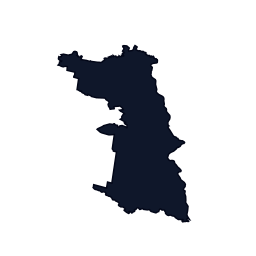 outline of Rumbas pag., Kuldigas, Latvia, rotated 201°
{"feature_id": "27541924B49988054161114", "entity_name": "Rumbas pag.", "entity_type": "district", "adm_level": 2, "iso_a3": "LVA", "parent_name": "Latvia", "parent_adm1": "Kuldigas", "projection": "natural_earth1", "projection_center": [22.062, 56.994], "detail": "fine", "context": "isolated", "style": "filled", "palette": "ink", "viewbox_px": 256, "rotation_deg": 201, "n_neighbors": 0, "source": "geoboundaries", "source_scale": "gbopen_adm2", "svg_char_len": 5819}
<svg xmlns="http://www.w3.org/2000/svg" viewBox="0 0 256 256"><g transform="rotate(201 128 128)"><path d="M125.2,202.3L125.8,202.2L126.3,202.7L127.4,202.4L128.2,202.5L128.6,202.4L129.0,203.2L130.0,204.0L130.4,203.5L132.3,203.5L132.3,203.2L131.7,202.8L132.5,202.3L133.1,202.4L134.1,203.3L134.4,203.0L135.1,203.0L135.8,202.6L136.2,202.7L137.0,203.4L137.7,203.0L138.0,203.1L138.4,203.5L138.2,204.6L138.5,204.8L139.1,204.6L140.3,204.6L141.5,204.9L141.7,204.2L144.6,204.4L146.0,203.7L148.9,204.0L148.5,206.8L148.6,207.0L151.0,207.5L151.3,206.1L151.4,204.9L151.1,203.3L151.8,201.8L154.9,200.1L155.3,200.3L155.2,200.7L155.5,201.4L155.5,203.1L158.5,204.2L161.4,203.4L162.3,202.6L161.8,201.8L160.9,201.6L160.1,200.2L160.0,199.9L160.5,198.8L160.6,197.8L160.0,197.7L159.3,196.8L159.0,196.8L158.8,197.2L158.5,197.0L159.2,196.3L159.0,195.6L159.5,195.9L159.7,195.7L159.6,195.1L159.8,194.9L159.4,194.7L158.7,194.7L158.1,194.2L158.3,193.8L159.0,193.6L158.5,193.4L159.0,193.1L159.2,192.6L159.4,192.5L159.5,192.8L159.8,192.8L160.9,191.9L161.9,192.1L161.6,191.6L161.9,191.3L162.6,191.3L162.9,190.6L163.9,190.3L163.8,190.0L164.4,190.1L165.2,190.8L165.6,190.4L166.7,190.0L167.3,190.2L167.0,189.8L167.3,189.5L167.4,189.2L167.6,189.2L167.9,189.6L169.0,189.5L169.4,189.3L169.9,188.6L169.5,188.0L170.6,188.1L170.8,187.9L170.7,187.6L171.3,187.3L170.8,187.0L171.1,186.4L172.7,185.6L172.8,185.3L173.1,185.1L173.6,185.3L174.5,185.1L175.1,184.4L174.1,183.1L175.4,181.2L175.6,181.1L176.0,180.0L177.3,179.2L178.2,179.1L180.2,178.4L186.1,177.0L187.2,177.1L187.3,176.5L191.0,176.2L196.5,175.0L196.5,178.4L197.6,178.6L198.1,176.9L200.1,176.7L200.0,177.3L201.7,177.4L201.4,178.1L202.7,180.3L203.4,180.7L204.2,180.3L204.9,180.6L206.0,179.8L206.7,176.9L207.3,176.3L208.1,175.9L209.3,175.0L209.2,174.7L214.7,173.8L216.7,172.5L215.7,172.1L215.8,171.7L216.0,171.6L215.9,170.6L217.1,170.1L217.6,169.4L218.1,169.6L217.9,168.2L217.5,167.4L216.0,166.8L213.9,166.9L213.9,166.2L214.9,166.0L215.6,165.0L215.1,163.7L215.8,161.7L213.6,162.0L212.6,161.7L210.4,161.9L209.7,162.5L208.0,163.4L206.7,163.6L205.6,160.0L197.5,161.1L196.5,156.9L197.1,156.8L196.8,156.0L191.8,156.5L189.3,145.6L188.3,145.7L185.8,145.2L185.5,145.6L184.6,145.7L184.6,145.2L183.2,144.5L182.8,144.6L181.1,144.5L180.0,143.8L177.3,144.1L177.4,145.1L173.1,144.6L173.1,144.4L168.3,145.0L160.9,147.5L160.0,147.6L158.6,146.6L155.7,146.0L154.6,144.8L155.1,143.1L154.1,141.5L152.3,140.2L151.4,139.1L149.1,140.4L147.9,140.9L147.9,141.5L148.8,142.3L148.6,142.9L147.6,143.6L144.4,145.1L143.9,145.7L141.0,145.0L139.0,143.5L142.3,141.6L141.0,141.0L139.4,140.9L137.5,140.5L136.5,140.0L137.2,139.5L137.9,136.5L137.2,134.7L138.3,133.4L134.0,132.8L133.5,132.5L133.5,132.1L133.1,131.9L132.8,132.4L132.4,132.6L132.2,132.3L132.8,131.6L132.2,131.5L131.9,131.1L131.1,131.2L131.9,130.7L131.3,130.5L130.2,130.7L129.4,129.1L129.1,127.9L129.4,127.8L129.7,128.2L134.4,128.2L136.3,127.1L136.6,126.5L136.7,125.5L138.1,125.4L138.8,126.7L140.9,126.3L142.2,127.1L142.6,127.0L143.4,125.9L146.5,125.2L151.8,121.3L151.8,121.0L152.0,120.6L155.9,116.6L156.4,115.7L152.4,114.2L150.7,114.1L143.8,114.7L142.8,115.0L138.4,117.0L135.2,102.9L133.5,101.7L133.3,101.2L130.2,101.6L123.3,70.7L127.7,70.2L126.5,64.2L139.7,62.8L139.1,60.2L139.2,59.9L137.6,59.1L136.7,58.9L134.8,59.2L132.9,59.1L131.5,59.4L130.3,58.8L129.8,58.7L129.3,58.8L127.7,59.8L126.3,59.8L125.0,59.1L125.2,58.2L124.6,57.5L122.1,57.6L121.4,57.4L120.5,57.7L119.7,57.7L117.5,56.5L116.8,55.6L116.0,55.5L115.4,56.1L114.8,56.1L113.4,55.5L111.5,55.4L110.0,55.1L109.7,54.9L109.1,54.0L109.3,52.7L108.7,52.2L106.5,51.8L104.4,52.5L102.6,52.0L102.0,51.8L101.5,51.2L102.1,50.2L102.2,49.9L102.1,49.7L99.2,48.8L97.0,48.5L96.7,48.5L96.3,49.3L96.5,50.0L97.1,50.4L97.0,50.6L96.2,50.8L95.5,50.7L94.2,50.0L93.5,50.5L93.1,51.6L92.2,52.3L92.0,52.8L92.1,53.3L92.6,53.8L92.5,54.1L91.5,54.8L91.0,56.4L90.4,57.1L89.6,57.2L88.0,56.2L87.3,56.5L86.6,57.2L85.5,58.0L84.3,57.6L80.6,58.5L78.8,59.5L78.4,59.4L77.4,58.7L76.5,58.4L72.0,58.7L71.3,59.0L70.2,60.5L69.4,61.0L69.6,61.9L69.1,63.8L68.6,64.2L67.0,63.6L66.0,63.9L65.5,64.3L64.3,64.3L63.9,63.6L62.6,62.6L62.3,61.7L60.8,61.0L59.6,60.8L58.7,60.9L57.6,61.8L56.3,62.0L55.3,61.8L53.6,62.2L52.4,62.0L51.8,61.4L48.2,60.6L46.6,61.3L45.5,61.5L44.2,62.3L43.7,62.1L43.8,61.3L44.2,60.7L44.0,60.3L43.3,60.0L41.9,60.9L40.8,61.3L40.3,61.8L38.3,62.3L37.9,62.5L37.9,62.8L38.0,62.9L39.7,63.1L40.3,63.5L40.3,64.3L40.0,64.7L39.2,64.9L38.1,64.8L41.1,67.0L42.1,68.5L42.7,72.1L43.9,76.4L47.4,79.0L47.9,80.3L48.1,81.2L49.7,84.9L51.6,87.1L51.9,89.0L52.2,89.7L53.5,89.9L54.1,90.2L54.3,90.5L54.3,91.9L53.7,93.8L54.0,94.3L54.1,95.6L54.5,96.2L55.9,97.3L60.2,98.6L61.4,100.0L64.7,102.3L65.2,102.9L65.3,103.4L65.2,104.2L64.9,105.1L63.2,106.2L63.1,106.7L63.2,107.3L64.0,107.9L65.6,108.7L67.5,109.3L70.1,111.0L71.6,111.6L72.8,113.4L73.5,113.7L74.3,113.7L75.5,113.4L76.5,112.8L77.3,112.6L78.0,112.7L80.2,114.0L80.5,114.7L80.6,116.5L80.8,117.4L80.4,118.9L79.3,120.6L77.1,122.8L75.5,125.7L75.4,126.8L74.3,127.8L74.5,128.0L73.3,128.8L73.0,129.2L72.7,129.8L72.5,131.2L72.1,132.1L71.0,133.3L70.3,133.6L70.0,134.3L70.0,134.8L70.4,135.1L72.5,135.6L73.0,135.3L75.9,134.9L76.6,135.1L77.7,136.1L79.0,136.0L79.7,136.6L82.5,136.6L88.1,140.9L89.9,142.1L91.1,143.3L91.0,144.2L90.6,144.6L91.5,144.9L92.4,146.5L92.8,147.4L92.8,148.7L92.3,151.2L92.6,152.9L93.1,154.0L93.6,154.7L97.4,156.7L98.3,157.7L98.8,159.2L99.4,159.9L100.9,160.4L102.4,161.2L102.7,163.3L104.5,166.4L104.8,167.7L105.3,168.7L105.9,169.3L106.6,169.7L107.9,170.0L111.3,170.3L113.8,171.3L114.4,171.8L114.7,172.3L115.0,174.4L117.9,178.5L119.0,182.0L119.8,182.9L123.9,183.9L125.7,185.8L125.9,186.4L126.1,187.8L126.6,188.6L126.7,189.1L126.5,190.3L127.0,193.1L127.4,193.5L128.7,194.0L129.3,194.6L129.3,195.6L128.7,196.4L127.8,197.3L124.5,199.1L124.2,199.8L124.7,201.6L125.2,202.3Z" fill="#0f172a" stroke="#020617" stroke-width="1.5"/></g></svg>